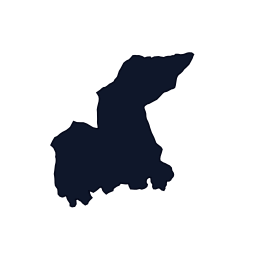 outline of São Joaquim da Barra, São Paulo, Brazil, rotated 116°
{"feature_id": "56859067B83817262349293", "entity_name": "São Joaquim da Barra", "entity_type": "district", "adm_level": 2, "iso_a3": "BRA", "parent_name": "Brazil", "parent_adm1": "São Paulo", "projection": "mercator", "projection_center": [-47.939, -20.54], "detail": "fine", "context": "isolated", "style": "filled", "palette": "ink", "viewbox_px": 256, "rotation_deg": 116, "n_neighbors": 0, "source": "geoboundaries", "source_scale": "gbopen_adm2", "svg_char_len": 3045}
<svg xmlns="http://www.w3.org/2000/svg" viewBox="0 0 256 256"><g transform="rotate(116 128 128)"><path d="M148.8,67.6L147.2,70.1L144.9,71.7L144.0,74.1L144.0,76.5L143.9,78.8L144.1,81.3L143.9,83.0L143.6,84.9L141.7,86.2L139.1,87.0L136.0,87.4L132.3,88.1L131.1,90.0L130.5,92.7L130.0,95.1L129.4,96.6L125.7,100.5L123.5,103.3L122.2,105.0L119.4,107.8L118.2,109.0L116.4,110.5L114.1,112.9L112.1,115.5L109.9,117.2L107.5,118.5L105.8,119.9L104.1,121.8L102.5,123.0L100.8,123.1L98.0,121.6L96.4,119.9L92.9,117.4L89.5,114.9L87.1,114.1L84.6,113.3L81.5,112.4L79.7,111.5L77.7,109.2L73.7,106.3L72.7,105.0L71.2,104.0L69.3,104.3L64.0,105.9L61.9,106.5L59.8,106.6L57.9,106.3L55.8,105.2L53.1,104.2L50.3,103.7L48.2,102.8L44.1,101.4L42.4,101.3L40.7,101.2L37.0,101.1L35.0,101.4L33.2,101.4L32.8,103.6L33.8,106.0L35.0,107.6L36.3,108.8L37.5,110.0L38.6,111.5L39.4,113.0L40.0,115.3L41.0,117.3L42.9,118.1L43.8,119.8L45.1,121.1L46.2,123.3L47.6,125.2L49.2,126.6L49.7,128.4L50.2,129.9L50.5,131.5L51.4,133.1L52.7,135.3L55.5,137.6L54.6,139.2L56.1,141.8L58.0,143.7L57.8,146.6L58.3,149.8L59.3,151.7L59.9,153.4L61.0,155.2L63.8,155.9L66.2,156.7L68.3,158.4L70.2,159.4L71.6,160.0L74.7,160.1L77.8,160.2L80.7,160.5L83.7,160.1L86.5,159.7L88.5,160.1L90.2,160.7L92.6,160.7L95.2,162.3L96.8,163.6L99.5,164.8L101.6,166.1L102.7,167.7L104.6,168.7L106.3,169.3L107.8,170.2L109.9,171.4L110.8,169.8L112.1,167.9L114.1,166.5L116.6,165.5L122.1,164.3L124.8,163.5L127.2,162.1L129.4,161.0L133.3,159.0L136.0,157.8L137.5,156.9L139.3,155.6L141.3,154.4L142.4,155.8L142.9,157.8L143.3,159.7L142.7,166.8L143.0,170.2L144.2,172.7L145.8,176.3L146.1,179.7L149.4,179.8L152.4,179.9L154.3,180.6L157.3,182.1L159.3,183.6L160.6,184.6L163.0,186.0L166.7,187.6L168.8,189.4L172.6,189.7L177.1,189.7L177.6,187.6L178.2,185.9L179.6,184.2L181.2,182.2L183.5,180.8L185.5,180.2L186.9,179.0L188.4,178.2L190.3,177.4L191.9,177.0L193.6,176.6L196.4,175.6L199.0,174.7L201.5,173.9L203.2,172.7L205.3,171.4L207.5,170.2L209.1,169.4L211.4,167.9L212.4,166.2L213.3,164.4L215.4,163.0L217.9,161.7L218.9,159.4L218.7,157.0L217.6,155.6L216.2,155.0L216.2,153.1L217.8,151.7L219.0,150.2L220.0,148.4L220.9,146.9L223.2,145.8L223.2,143.8L221.7,141.7L219.1,141.5L217.1,142.7L215.2,143.8L213.7,141.9L214.1,140.2L214.2,137.8L215.1,136.0L215.7,132.8L213.8,131.3L211.7,131.5L209.5,131.0L206.5,129.9L205.6,131.9L203.6,134.1L201.6,135.5L200.8,133.6L200.8,131.1L198.4,129.6L195.6,128.3L194.0,127.7L192.5,126.2L193.6,124.4L195.0,123.2L195.8,121.6L196.7,118.7L194.8,117.7L193.2,116.4L190.9,114.3L188.8,114.8L185.2,112.9L183.2,111.1L180.8,110.7L180.0,108.4L179.3,106.3L178.6,104.8L177.6,103.1L179.5,101.4L181.4,99.0L180.2,96.0L179.1,93.6L177.1,91.2L176.7,88.9L175.0,87.1L173.6,86.1L172.0,85.6L170.4,85.9L169.7,87.5L168.2,88.4L166.3,89.0L164.7,88.6L162.8,87.5L162.6,85.6L164.0,84.6L166.2,83.4L167.7,80.8L170.0,79.9L171.2,78.4L170.5,76.6L169.0,75.2L167.9,73.8L168.2,72.2L168.7,70.5L168.3,68.5L166.2,68.4L164.9,69.2L162.4,68.8L160.8,69.6L158.7,70.1L157.5,67.9L155.9,67.0L154.4,67.0L151.9,66.3L150.2,66.6L148.8,67.6Z" fill="#0f172a" stroke="#020617" stroke-width="1.5"/></g></svg>